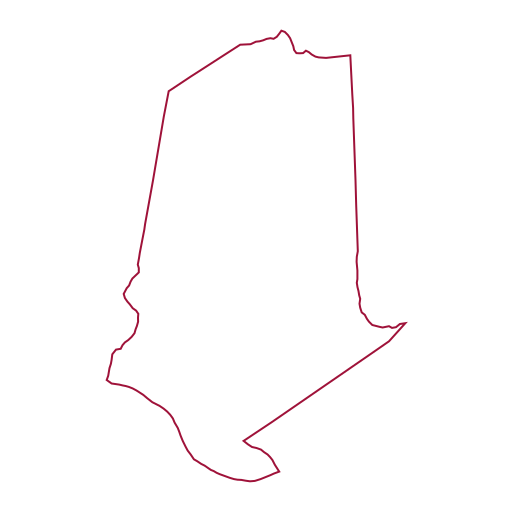 outline of Santa Izabel do Pará, Pará, Brazil
{"feature_id": "56859067B15714421948478", "entity_name": "Santa Izabel do Pará", "entity_type": "district", "adm_level": 2, "iso_a3": "BRA", "parent_name": "Brazil", "parent_adm1": "Pará", "projection": "natural_earth1", "projection_center": [-48.143, -1.368], "detail": "fine", "context": "isolated", "style": "outline", "palette": "rose", "viewbox_px": 512, "rotation_deg": 0, "n_neighbors": 0, "source": "geoboundaries", "source_scale": "gbopen_adm2", "svg_char_len": 1922}
<svg xmlns="http://www.w3.org/2000/svg" viewBox="0 0 512 512"><path d="M106.7,380.0L111.6,383.5L119.3,384.6L122.5,385.4L125.6,386.0L128.8,386.9L132.6,388.4L136.5,390.5L143.3,394.9L147.2,398.2L152.3,402.2L159.6,405.9L163.6,408.6L167.2,411.6L170.3,414.9L172.9,418.5L174.6,422.6L177.8,428.0L179.3,431.9L180.5,435.4L182.7,440.8L185.6,446.7L187.7,450.6L190.7,454.5L193.9,459.3L197.2,461.2L201.2,463.9L204.6,465.6L210.8,469.9L213.8,471.1L216.6,472.8L219.8,474.2L229.7,477.8L234.0,479.1L237.5,479.7L241.3,479.9L245.7,480.7L250.0,481.3L254.9,480.9L260.6,479.1L270.3,475.2L273.8,473.6L279.2,471.6L274.8,464.7L272.4,460.0L270.1,457.1L267.6,454.5L264.0,452.1L261.0,449.6L256.5,448.0L252.0,447.0L247.9,444.3L243.6,440.9L271.4,422.4L353.1,366.1L375.0,351.0L389.0,341.3L405.3,323.2L399.9,324.0L396.0,327.2L392.0,327.9L389.0,326.2L382.6,327.5L379.4,326.8L372.3,325.0L368.9,321.6L366.9,318.8L364.8,314.8L361.7,312.4L360.2,307.7L359.5,303.7L360.2,298.8L359.2,295.3L358.5,291.1L357.5,287.2L356.8,282.8L357.4,279.1L357.4,270.5L356.6,261.8L356.8,256.8L357.8,251.2L356.2,205.5L355.5,180.1L353.3,118.3L353.1,108.0L352.3,94.7L350.3,55.3L326.1,57.9L318.7,57.4L315.4,56.6L311.7,54.5L308.8,52.1L305.9,50.7L303.1,53.1L299.5,53.3L296.4,53.1L294.1,50.0L293.3,46.2L290.1,38.2L287.9,35.0L284.8,31.9L281.4,30.7L279.4,33.5L276.8,36.8L273.6,38.8L270.4,38.2L266.6,38.9L263.2,40.3L259.6,41.3L255.9,41.7L250.6,44.2L240.2,44.7L191.0,76.4L168.7,91.2L163.8,116.6L153.0,180.4L145.1,224.0L144.3,229.7L143.1,235.8L139.8,252.9L139.0,258.2L137.8,264.6L138.8,268.1L138.8,272.4L132.4,278.5L130.6,281.6L129.1,285.5L126.7,288.2L123.7,293.9L124.9,298.0L127.4,301.6L129.8,304.3L132.7,308.2L136.1,310.6L138.3,313.8L138.0,317.7L138.1,321.7L136.9,326.0L135.6,329.3L134.5,333.2L131.7,336.8L128.2,340.1L124.9,342.4L122.5,345.2L120.7,348.8L116.0,349.6L112.3,354.3L111.6,359.9L110.9,363.8L109.5,368.1L108.2,375.8L106.7,380.0Z" fill="none" stroke="#9f1239" stroke-width="2"/></svg>